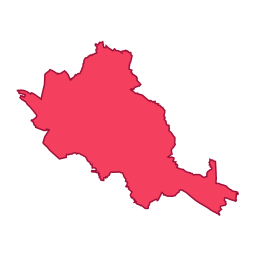 outline of Campulung, Arges, Romania, rotated 271°
{"feature_id": "2599482B28954642514421", "entity_name": "Campulung", "entity_type": "district", "adm_level": 2, "iso_a3": "ROU", "parent_name": "Romania", "parent_adm1": "Arges", "projection": "albers", "projection_center": [25.046, 45.256], "detail": "fine", "context": "isolated", "style": "filled", "palette": "rose", "viewbox_px": 256, "rotation_deg": 271, "n_neighbors": 0, "source": "geoboundaries", "source_scale": "gbopen_adm2", "svg_char_len": 5734}
<svg xmlns="http://www.w3.org/2000/svg" viewBox="0 0 256 256"><g transform="rotate(271 128 128)"><path d="M96.1,216.0L96.6,213.9L97.4,213.2L97.5,211.4L98.1,210.5L96.3,210.5L95.0,209.7L93.9,210.4L92.5,210.0L92.0,211.2L90.6,211.0L90.0,212.3L88.5,212.4L88.0,211.9L87.4,210.6L85.4,208.2L83.9,207.7L80.8,207.6L80.7,206.5L80.1,205.8L80.0,205.4L80.1,204.2L82.5,200.7L82.7,199.9L82.5,198.2L82.7,197.0L82.4,195.5L82.5,193.9L83.7,192.8L83.6,191.6L84.3,191.0L85.1,187.0L87.6,183.7L87.8,182.7L87.6,182.0L89.4,177.4L91.3,178.3L92.4,177.8L92.4,177.0L92.2,176.5L92.4,176.3L92.7,176.2L92.9,176.6L93.4,176.5L93.7,176.0L94.6,175.8L94.9,176.2L95.4,173.5L97.6,174.4L98.8,174.5L99.7,172.2L99.4,171.0L99.3,169.0L99.6,168.4L102.0,171.3L102.6,172.5L106.0,171.7L107.6,172.0L110.1,174.2L112.4,175.5L114.0,174.9L117.8,175.1L119.5,174.9L120.2,174.0L123.9,171.5L126.4,168.7L126.9,168.8L127.8,169.4L129.2,168.9L131.1,169.1L131.6,168.2L131.5,167.2L131.8,166.9L132.7,166.2L135.3,165.9L137.3,164.2L138.0,164.1L138.5,164.8L139.3,164.8L140.8,163.6L143.8,164.4L146.1,164.5L148.7,162.3L149.1,162.3L149.0,161.8L150.0,160.3L150.3,160.3L151.2,159.3L151.5,157.7L152.6,158.0L152.5,157.4L153.0,156.6L152.9,154.9L153.7,154.5L155.0,154.7L154.9,153.0L154.4,152.6L155.9,150.2L155.1,149.0L155.9,148.5L156.4,147.3L161.2,141.7L161.3,140.8L161.9,139.2L161.9,137.9L163.0,137.0L162.9,136.2L162.5,135.3L165.5,131.4L166.4,129.9L167.2,130.6L167.1,131.1L167.1,131.6L166.4,131.5L166.8,133.0L167.2,133.4L167.8,133.4L168.5,133.9L169.5,135.6L169.4,136.3L169.7,136.6L170.2,137.7L170.2,138.7L170.8,138.8L171.0,139.3L171.8,140.0L175.9,136.1L177.7,136.3L179.5,135.5L179.5,135.3L179.7,134.8L180.2,134.4L181.3,132.7L181.6,131.6L182.7,131.4L183.6,130.2L184.0,130.1L185.8,130.8L186.8,128.1L190.5,128.1L190.5,128.4L190.9,128.5L192.6,128.6L193.5,129.3L200.2,130.8L201.6,129.7L203.3,129.5L203.6,129.0L203.5,127.2L204.3,127.0L204.3,126.8L205.0,126.2L204.9,125.9L205.3,125.1L204.8,124.5L205.1,124.1L205.5,124.1L204.9,122.4L204.7,120.7L202.8,120.6L204.3,118.8L205.1,116.7L205.3,114.5L206.9,113.3L206.6,112.8L204.8,111.4L206.3,109.4L207.6,107.2L209.9,104.7L207.9,104.3L208.2,102.3L213.8,101.2L213.0,99.9L213.1,98.0L211.8,97.4L210.6,96.4L211.1,95.5L211.4,94.6L211.4,94.0L211.0,93.8L210.0,94.0L208.5,95.4L206.8,95.8L206.6,95.8L206.1,94.7L204.9,94.7L202.6,95.4L201.7,93.3L201.2,92.7L201.1,91.7L200.1,90.8L200.0,90.3L200.4,90.3L200.3,89.0L199.6,88.7L199.1,87.1L198.5,87.0L197.4,85.4L197.3,84.2L195.2,83.0L194.1,82.7L192.4,82.8L191.2,81.9L189.8,82.1L187.9,81.7L187.6,81.3L186.5,81.1L186.1,80.7L184.4,80.4L183.8,79.8L181.6,79.0L181.4,77.8L181.6,77.2L180.2,75.6L179.9,74.9L180.3,74.5L177.9,73.0L177.4,72.1L176.7,71.5L176.5,70.9L175.8,70.8L176.3,70.3L175.1,69.6L176.4,68.8L179.7,67.5L182.1,65.7L184.0,63.6L181.6,60.0L181.2,59.2L181.2,57.7L181.4,56.7L180.8,56.6L182.8,53.6L184.4,50.5L185.0,48.9L183.8,48.2L181.0,44.7L179.9,44.0L170.0,43.7L158.1,41.1L155.3,40.8L159.8,34.3L161.2,31.8L161.5,30.7L160.2,30.0L162.3,26.8L163.6,23.6L164.0,20.5L163.6,16.8L163.4,16.8L163.4,17.5L162.9,17.5L162.7,18.5L161.2,18.2L160.6,18.9L160.6,21.1L160.2,21.9L159.8,24.0L159.4,24.8L157.1,23.8L157.3,23.2L157.6,23.2L158.0,22.2L157.7,22.1L158.2,21.5L158.3,20.1L157.2,20.1L156.4,19.5L154.7,21.3L153.7,23.3L153.2,23.9L152.2,25.5L149.9,26.9L146.9,30.2L145.2,31.5L143.7,33.2L143.4,33.1L139.5,36.3L138.6,36.6L138.0,36.5L137.3,35.9L136.7,35.7L134.4,32.7L134.3,31.4L133.9,31.2L133.6,31.2L132.8,32.5L131.7,33.5L129.6,34.0L128.2,35.9L127.1,35.6L124.0,44.0L124.3,47.0L124.8,47.0L124.9,46.2L125.4,46.4L125.2,48.1L124.8,49.3L117.6,44.9L111.8,43.3L110.8,43.9L107.2,47.9L104.7,49.9L102.9,51.9L95.9,60.0L97.6,66.8L98.9,66.7L100.6,67.2L100.2,68.7L100.4,69.4L100.8,69.7L100.8,71.1L101.2,72.0L101.0,72.5L102.0,73.8L102.3,74.8L102.1,75.6L102.2,76.1L101.1,77.2L101.6,77.9L101.8,78.9L101.4,80.5L100.4,81.7L100.3,83.0L99.4,83.9L99.0,85.0L98.2,86.1L97.0,87.0L94.5,88.1L93.8,89.2L92.2,90.9L91.3,91.0L90.9,91.3L90.5,92.0L90.9,92.7L87.4,92.9L87.3,93.1L87.8,93.7L87.7,94.1L87.4,96.0L87.0,96.5L85.3,97.3L84.7,97.1L84.8,95.3L84.5,94.7L84.8,92.6L83.8,92.4L83.5,93.0L83.4,96.1L82.9,97.2L83.2,99.1L82.3,99.0L82.0,100.1L80.8,99.4L80.5,99.5L79.2,100.8L78.9,100.3L78.0,100.2L77.9,100.7L75.3,102.0L75.1,104.6L77.8,104.7L78.1,106.3L77.8,106.6L78.7,106.7L78.5,108.1L79.6,108.7L80.6,110.1L82.9,111.0L83.6,111.8L83.7,112.6L83.5,113.6L83.5,115.0L83.8,117.0L83.6,118.5L84.1,119.7L83.4,121.3L82.9,123.3L82.2,123.8L79.0,125.0L76.7,126.9L74.8,126.5L73.5,128.5L70.9,127.9L69.5,126.9L69.1,127.4L69.2,128.0L69.6,128.4L69.3,128.5L69.1,129.6L68.5,129.4L68.3,129.7L67.6,130.0L67.1,129.6L64.2,133.1L62.0,131.9L61.2,131.6L60.3,131.8L58.3,132.7L58.7,133.7L57.2,134.5L57.0,135.5L56.7,135.6L56.1,135.4L55.7,136.5L53.8,135.6L54.1,137.6L53.5,137.3L52.7,137.6L52.1,138.6L51.4,140.9L50.8,141.8L51.1,141.9L51.0,142.5L48.1,146.4L47.8,147.6L47.8,148.6L48.2,149.7L50.2,149.6L51.3,150.5L54.0,151.2L55.4,154.0L56.1,155.0L57.1,157.2L57.3,157.9L55.9,158.5L56.7,159.5L64.2,163.0L62.9,164.5L61.7,164.8L61.8,166.2L61.3,166.7L60.6,168.7L60.5,173.7L61.2,175.6L61.1,176.2L62.9,177.6L64.4,179.1L64.6,179.9L66.6,180.5L66.9,182.3L66.9,183.7L66.2,184.2L64.7,187.1L57.0,196.6L54.1,201.2L49.7,209.0L47.2,212.7L45.3,216.3L45.1,217.1L44.5,217.7L43.8,219.5L42.2,221.3L45.7,220.0L48.3,222.9L49.6,221.7L51.0,221.8L51.6,222.5L52.6,226.7L53.7,227.4L54.5,227.3L55.7,226.7L56.3,226.9L56.6,226.2L57.4,225.5L60.1,226.2L59.1,229.7L58.5,230.8L57.2,235.8L56.7,236.9L57.4,237.1L57.4,237.5L57.9,237.6L58.0,237.3L58.5,237.1L63.4,237.6L63.7,239.1L64.3,239.2L64.2,237.7L65.6,238.7L66.0,237.9L66.4,236.4L66.5,234.7L66.9,233.4L68.0,232.0L68.3,231.1L70.0,228.7L71.5,227.5L72.4,225.1L73.4,221.3L74.2,219.6L74.1,217.0L78.1,216.9L78.2,217.1L80.0,217.1L82.2,216.8L83.0,216.9L96.1,216.0Z" fill="#f43f5e" stroke="#9f1239" stroke-width="1.5"/></g></svg>